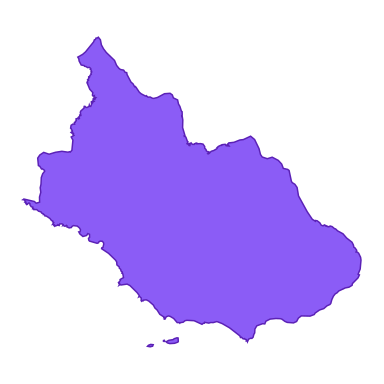 outline of Sumba Timur, Nusa Tenggara Timur, Indonesia
{"feature_id": "22746128B15873256673931", "entity_name": "Sumba Timur", "entity_type": "district", "adm_level": 2, "iso_a3": "IDN", "parent_name": "Indonesia", "parent_adm1": "Nusa Tenggara Timur", "projection": "mercator", "projection_center": [120.165, -9.805], "detail": "fine", "context": "isolated", "style": "filled", "palette": "violet", "viewbox_px": 384, "rotation_deg": 0, "n_neighbors": 0, "source": "geoboundaries", "source_scale": "gbopen_adm2", "svg_char_len": 5854}
<svg xmlns="http://www.w3.org/2000/svg" viewBox="0 0 384 384"><path d="M34.4,201.5L23.3,198.9L23.9,199.1L23.0,199.7L24.7,200.0L24.9,201.2L25.6,201.3L25.9,202.8L25.6,202.8L26.4,203.4L26.0,203.7L26.5,204.4L26.9,203.9L27.4,204.3L28.5,203.1L29.4,203.1L30.0,203.8L29.9,204.8L31.3,206.8L32.9,207.2L32.6,208.8L33.6,208.8L33.8,209.6L36.7,209.6L38.6,211.2L41.0,211.9L41.6,213.0L43.2,213.8L43.3,214.5L43.8,214.4L44.8,215.3L44.9,215.9L46.4,216.1L50.0,218.5L51.3,220.3L52.8,221.1L52.6,221.8L53.7,222.5L52.7,224.2L53.3,224.0L54.5,225.2L53.9,225.5L54.5,226.1L54.8,225.4L55.4,226.0L57.6,225.2L58.8,225.4L58.5,224.9L59.3,225.1L59.7,224.0L61.4,223.8L62.5,224.1L63.1,224.6L62.9,225.2L63.3,224.9L63.6,225.7L65.0,226.3L66.5,225.4L67.0,225.9L66.9,226.9L69.2,227.9L71.4,227.5L71.9,226.5L73.4,225.6L77.3,226.1L79.5,228.0L80.5,229.8L80.0,231.8L78.8,231.9L79.8,233.9L82.9,236.5L86.6,235.5L87.8,233.6L89.5,234.3L89.6,237.3L88.5,238.3L88.8,240.2L89.5,241.1L97.1,243.3L98.5,242.8L98.9,241.8L100.2,241.1L102.4,241.3L103.6,242.9L103.7,244.3L102.9,247.5L101.9,247.7L101.6,248.7L108.5,253.3L115.5,260.1L116.7,262.0L116.9,264.9L119.3,267.0L119.3,268.1L120.7,269.4L121.0,271.0L122.3,272.1L121.9,273.1L122.5,273.2L122.9,274.2L123.5,277.6L120.1,279.5L120.4,280.4L118.7,282.4L119.1,282.5L118.9,283.3L119.5,283.2L119.7,284.0L119.2,285.1L120.1,284.5L120.9,285.0L127.1,284.1L130.0,285.6L137.1,292.6L139.3,295.6L138.8,296.8L139.5,296.4L141.2,298.0L141.2,300.4L140.6,300.8L141.3,300.6L141.5,301.1L142.1,300.5L142.9,301.0L143.4,300.2L146.2,299.8L148.7,301.0L153.4,305.1L154.9,308.0L157.1,310.0L159.8,314.3L164.1,317.1L163.8,317.8L164.7,318.1L164.4,319.1L165.0,319.1L166.3,316.7L168.6,315.9L170.4,316.5L173.7,318.5L177.2,322.6L179.2,322.6L179.8,323.2L180.1,322.7L183.2,322.2L185.0,320.7L186.9,320.3L194.1,320.7L202.0,324.3L203.5,323.2L204.4,323.2L204.6,322.3L208.8,323.1L210.8,322.5L213.2,322.6L216.6,321.6L217.6,321.8L222.2,323.6L229.5,327.8L239.8,335.8L240.5,337.5L241.4,337.2L243.2,338.9L244.6,338.6L244.9,339.2L246.3,339.6L246.3,341.0L247.2,340.6L247.5,341.7L248.6,339.2L250.5,338.3L251.9,338.4L253.1,337.2L253.8,334.5L254.7,332.9L254.9,329.1L256.8,325.8L262.6,323.7L264.8,323.9L265.9,321.2L270.1,319.1L275.9,318.5L280.4,318.7L281.8,319.1L284.9,321.4L287.2,322.4L293.5,322.9L296.6,321.5L298.4,318.1L301.3,315.9L310.1,316.1L314.3,314.5L315.1,313.1L319.5,310.0L323.8,308.6L327.0,305.8L329.9,304.5L330.8,303.4L331.8,299.7L333.4,296.2L335.2,293.9L337.2,292.7L338.7,291.0L345.3,287.9L349.0,287.2L352.1,285.3L352.4,283.6L358.0,277.9L359.4,274.9L358.1,274.2L360.2,269.0L361.0,260.1L360.6,257.3L358.7,253.3L357.4,252.1L356.1,252.0L356.7,250.3L355.0,247.9L353.9,247.3L353.4,245.0L352.0,242.2L346.6,238.0L343.0,233.8L337.5,230.8L335.6,228.9L334.6,228.7L332.1,226.6L330.1,226.0L329.8,226.5L328.3,226.8L326.4,226.2L326.8,226.0L324.3,224.9L323.4,225.7L322.4,225.7L321.2,225.1L319.8,222.8L317.2,220.8L315.5,220.5L315.3,221.2L312.3,219.3L307.2,211.7L298.5,195.9L297.1,187.5L294.9,184.3L292.2,182.6L291.4,181.3L289.1,170.5L287.7,169.4L283.3,168.4L281.7,164.1L278.3,160.4L272.2,157.2L267.3,158.7L262.2,157.0L260.5,154.5L259.0,148.6L254.6,139.5L250.6,136.2L243.3,139.6L239.8,140.0L234.0,142.3L228.8,142.9L227.2,144.6L228.2,144.9L229.0,146.0L226.1,145.7L225.2,144.3L221.9,144.7L221.7,145.4L220.7,145.3L218.4,146.4L217.1,147.6L217.4,147.8L216.8,148.7L213.8,150.5L211.2,151.3L209.2,153.4L208.1,153.9L207.8,153.7L208.9,153.0L209.2,152.2L208.8,151.7L208.2,152.1L206.4,150.9L206.0,149.5L204.7,148.2L204.7,146.5L203.0,144.1L200.5,143.6L197.1,143.8L197.1,143.3L196.1,143.0L195.8,143.6L194.5,143.7L194.2,144.4L192.3,144.3L191.1,142.9L190.2,143.8L189.8,145.6L189.1,145.5L188.8,145.1L189.2,143.6L187.7,144.1L187.0,143.7L188.0,141.9L187.5,141.6L185.9,137.2L185.1,136.3L184.3,136.4L184.2,135.6L184.9,135.4L182.6,127.6L182.8,120.0L182.2,116.2L181.8,116.4L181.7,115.5L182.2,115.1L182.1,111.7L181.4,111.1L179.9,106.4L178.5,104.0L177.6,99.9L173.4,97.9L172.3,94.9L170.1,93.3L164.5,93.7L157.4,97.5L153.8,98.4L152.6,98.3L150.1,97.0L148.1,97.2L146.4,95.8L146.2,96.2L144.8,95.7L141.2,93.8L139.3,92.2L135.9,87.1L135.2,86.5L134.9,86.9L134.6,86.7L133.0,83.8L131.0,82.1L127.1,74.7L126.7,72.6L125.2,72.4L123.6,70.1L120.5,69.5L119.0,68.4L116.6,65.4L114.5,60.4L106.3,52.5L103.5,48.8L101.4,44.9L100.4,39.8L98.3,37.2L97.3,38.0L96.1,38.0L95.4,39.5L94.4,39.8L93.6,41.9L85.5,51.9L82.6,54.4L77.8,57.1L78.8,58.8L79.1,61.0L81.2,65.0L84.2,65.6L84.6,66.3L86.2,66.6L87.5,67.6L89.4,67.4L90.7,68.5L90.3,69.4L90.9,69.7L91.4,71.0L91.1,71.5L91.7,72.0L90.9,73.2L91.3,74.2L90.0,75.4L89.5,77.1L88.7,76.9L88.7,78.6L87.8,79.5L88.4,79.8L88.5,80.4L87.6,80.9L87.0,82.7L87.6,83.0L87.3,83.3L89.8,89.3L92.8,92.6L92.4,95.2L93.0,96.0L94.3,95.6L94.0,96.9L95.6,97.5L94.6,98.0L95.5,98.2L94.8,99.5L93.2,99.0L93.0,100.6L94.0,101.4L93.0,101.8L92.7,102.5L92.1,101.4L91.3,101.8L91.6,104.2L90.7,106.4L89.7,106.3L89.3,105.1L89.0,106.4L87.0,107.5L86.0,107.4L84.9,106.3L84.2,106.4L84.0,108.1L80.9,110.9L80.3,112.2L80.8,115.3L79.7,115.1L79.7,116.2L78.5,117.2L79.3,117.8L79.4,118.5L78.6,118.9L78.0,118.2L76.0,118.9L76.3,120.7L75.4,121.3L75.2,122.3L74.4,122.5L74.6,124.2L72.9,124.1L71.1,125.3L70.6,128.2L71.3,128.7L71.6,130.1L72.3,130.4L72.4,131.4L71.0,132.4L71.9,133.1L72.0,132.5L72.6,132.5L73.6,133.8L73.1,134.7L73.9,135.4L71.2,137.0L72.9,140.1L71.9,150.3L70.2,152.1L69.4,151.7L68.1,152.2L61.9,151.3L55.4,152.3L49.1,154.2L43.7,152.4L39.8,155.0L37.7,158.1L38.4,165.6L39.8,166.3L41.5,169.0L42.3,168.8L44.4,170.3L44.7,171.2L42.7,173.7L41.3,177.5L41.0,184.2L40.2,187.8L40.8,192.3L39.5,197.0L39.6,202.2L36.2,203.2L34.4,201.5ZM178.1,338.0L177.0,337.8L174.2,338.7L173.1,339.6L168.8,340.3L166.1,341.8L167.4,342.9L169.8,343.6L174.6,343.3L177.9,342.1L178.3,341.4L178.1,338.0ZM150.2,346.8L152.6,346.2L153.2,344.7L150.7,344.4L148.4,345.3L147.5,346.3L150.2,346.8ZM164.4,340.3L163.5,340.5L163.4,341.1L164.1,341.5L164.7,341.1L164.4,340.3Z" fill="#8b5cf6" stroke="#5b21b6" stroke-width="1.5"/></svg>